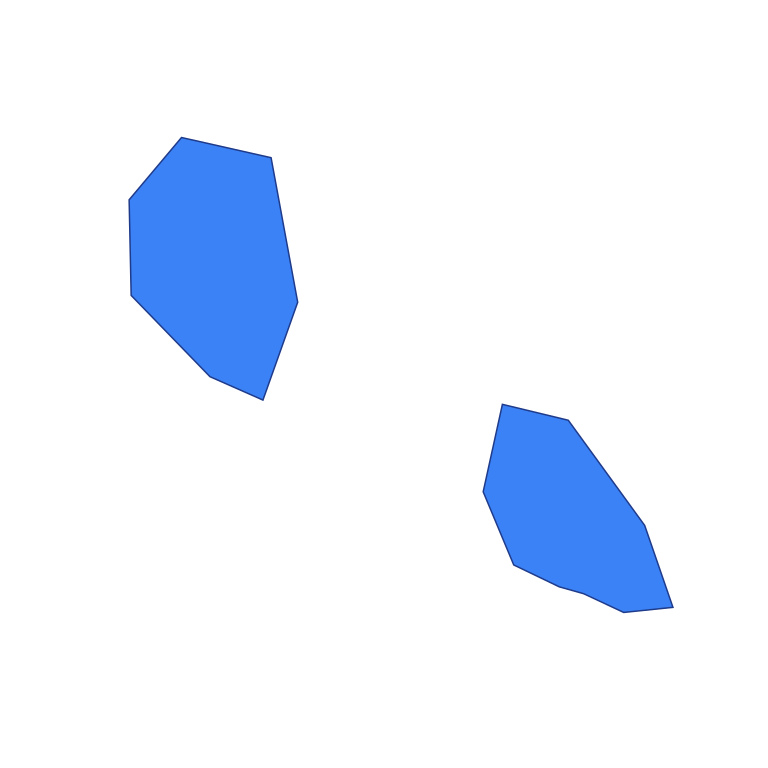 map outline of Isles of Scilly (orthographic projection), rotated 165°
{"feature_id": "GBR-5988", "entity_name": "Isles of Scilly", "entity_type": "Unitary Single-Tier County", "adm_level": 1, "iso_a3": "GBR", "parent_name": "United Kingdom", "parent_adm1": "", "projection": "orthographic", "projection_center": [-6.319, 49.937], "detail": "fine", "context": "isolated", "style": "filled", "palette": "blue", "viewbox_px": 768, "rotation_deg": 165, "n_neighbors": 0, "source": "natural_earth", "source_scale": "10m", "svg_char_len": 387}
<svg xmlns="http://www.w3.org/2000/svg" viewBox="0 0 768 768"><g transform="rotate(165 384 384)"><path d="M505.1,399.8L550.2,436.1L605.3,535.0L582.5,627.9L515.8,674.5L434.5,631.8L446.2,485.3L505.1,399.8ZM267.2,142.7L305.5,175.6L316.1,254.2L274.9,333.7L215.4,301.3L168.8,179.9L162.7,93.5L211.6,101.3L245.5,129.8L267.2,142.7Z" fill="#3b82f6" stroke="#1e3a8a" stroke-width="1.5"/></g></svg>